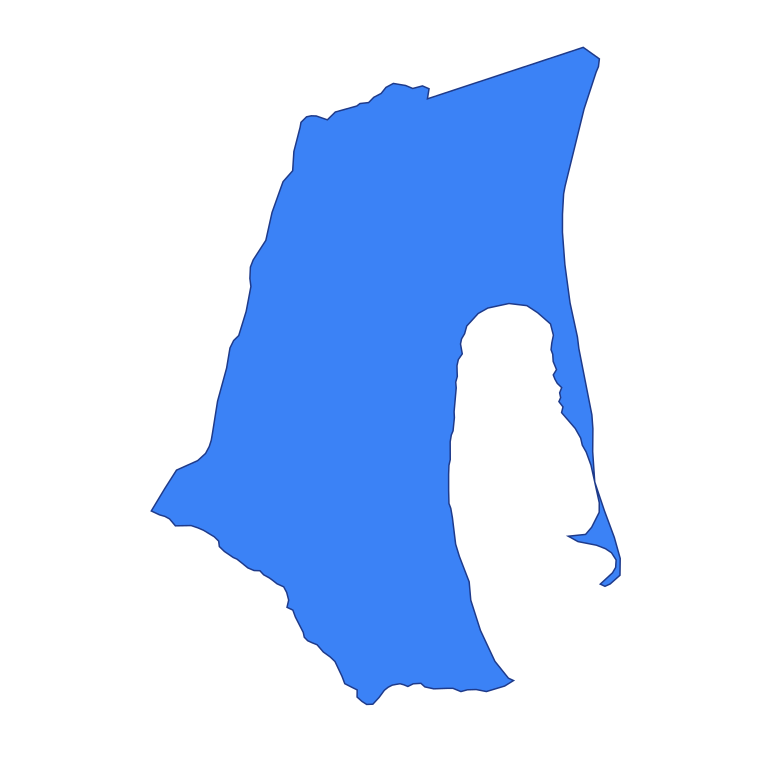 Tapes, Rio Grande do Sul, Brazil, rotated 355°
{"feature_id": "56859067B78900778631791", "entity_name": "Tapes", "entity_type": "district", "adm_level": 2, "iso_a3": "BRA", "parent_name": "Brazil", "parent_adm1": "Rio Grande do Sul", "projection": "orthographic", "projection_center": [-51.425, -30.676], "detail": "fine", "context": "isolated", "style": "filled", "palette": "blue", "viewbox_px": 768, "rotation_deg": 355, "n_neighbors": 0, "source": "geoboundaries", "source_scale": "gbopen_adm2", "svg_char_len": 2596}
<svg xmlns="http://www.w3.org/2000/svg" viewBox="0 0 768 768"><g transform="rotate(355 384 384)"><path d="M381.4,687.4L387.0,685.2L394.7,685.4L398.3,689.3L407.0,692.0L420.8,692.7L426.2,693.2L433.8,697.1L440.5,695.9L449.2,696.4L459.2,699.3L477.9,695.4L487.2,690.7L482.3,687.9L470.3,669.9L458.6,637.9L451.6,606.9L451.6,588.5L444.1,562.5L441.4,549.8L440.5,523.2L439.7,513.7L438.3,508.7L439.1,495.8L440.5,479.6L441.6,470.7L443.4,465.1L444.9,447.3L446.6,440.7L448.7,436.7L451.2,423.6L451.4,417.8L455.6,394.2L455.6,388.4L457.7,382.8L457.9,378.3L458.3,372.1L460.2,366.1L464.6,360.8L463.7,350.8L465.2,345.8L468.7,340.9L471.5,333.4L477.1,328.3L483.9,322.0L494.0,317.4L515.5,314.7L533.2,318.4L543.3,326.4L555.1,338.7L557.0,350.2L554.7,357.9L553.4,364.4L554.7,369.1L554.5,376.3L557.1,384.7L553.4,389.7L554.7,394.1L556.7,398.5L560.7,403.1L558.2,408.1L558.8,413.0L556.7,416.8L560.3,422.4L558.4,428.0L570.6,444.9L575.2,455.0L576.2,462.2L579.5,469.4L583.1,482.8L585.4,500.0L586.0,469.5L588.2,446.8L588.4,432.9L581.2,365.7L580.8,354.1L576.4,319.4L574.6,280.7L575.0,248.3L576.6,230.4L579.5,210.3L581.6,202.8L607.3,127.4L622.5,91.8L625.3,86.5L626.9,78.9L611.8,66.0L452.1,103.7L454.6,93.8L448.3,90.4L438.4,92.1L431.5,88.5L419.5,85.4L411.8,88.7L406.5,94.3L398.8,97.5L393.2,102.3L384.5,102.5L381.1,104.7L359.2,108.8L350.6,115.9L339.9,111.1L334.9,110.5L330.1,111.1L324.1,116.1L322.8,121.0L314.5,144.5L311.6,163.6L301.1,173.6L298.4,179.4L287.4,203.4L278.8,230.6L264.5,249.0L261.1,255.9L259.6,267.2L259.9,275.3L256.3,288.1L253.0,299.7L243.5,323.1L238.0,327.6L233.7,334.7L228.6,354.4L216.7,386.6L208.7,418.6L207.0,425.0L204.5,431.0L200.2,437.6L191.7,444.1L169.8,451.7L156.4,469.2L141.1,490.2L149.0,494.8L154.2,496.8L158.6,499.7L163.8,507.1L179.5,508.2L186.1,511.1L191.3,513.9L201.6,521.4L205.6,526.1L205.8,531.6L210.4,536.9L218.7,543.7L222.2,545.6L225.6,548.8L232.3,555.3L238.3,558.5L244.1,559.2L247.5,563.6L252.9,567.2L256.0,569.9L260.0,573.7L266.4,577.3L268.9,583.2L270.2,591.0L267.9,598.0L273.5,601.3L275.4,608.4L281.9,624.4L282.5,629.3L285.6,633.1L290.0,635.6L294.6,637.9L300.2,645.7L306.7,651.3L311.0,656.2L316.7,671.6L318.8,679.1L325.5,683.3L330.6,686.4L329.9,693.5L334.4,698.3L338.8,701.7L345.0,702.0L351.7,695.9L357.7,689.1L361.8,686.4L366.0,684.7L369.9,684.3L373.9,684.0L377.6,685.4L381.4,687.4ZM585.4,500.0L588.1,521.1L587.2,530.6L578.4,544.8L571.7,551.4L554.3,551.7L563.5,557.9L581.6,563.1L590.3,567.4L595.9,571.9L599.9,579.5L598.8,586.9L595.2,592.0L582.0,602.2L586.5,604.8L591.9,602.9L602.4,595.1L604.1,578.4L600.1,557.0L592.5,529.3L585.4,500.0Z" fill="#3b82f6" stroke="#1e3a8a" stroke-width="1.5"/></g></svg>